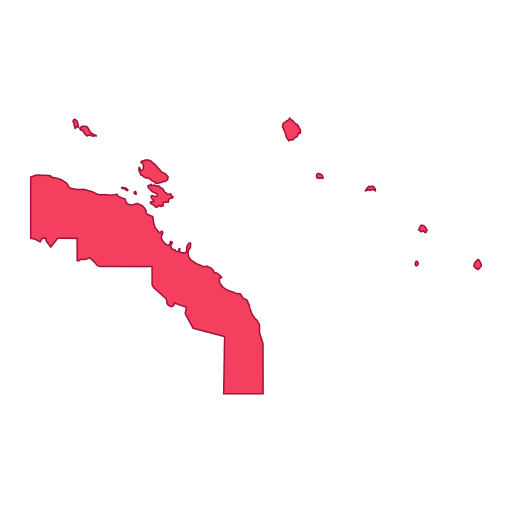 the district of Wewak District, East Sepik, Papua New Guinea
{"feature_id": "67681753B19768820203242", "entity_name": "Wewak District", "entity_type": "district", "adm_level": 2, "iso_a3": "PNG", "parent_name": "Papua New Guinea", "parent_adm1": "East Sepik", "projection": "equal_earth", "projection_center": [143.741, -3.588], "detail": "fine", "context": "isolated", "style": "filled", "palette": "rose", "viewbox_px": 512, "rotation_deg": 0, "n_neighbors": 0, "source": "geoboundaries", "source_scale": "gbopen_adm2", "svg_char_len": 6056}
<svg xmlns="http://www.w3.org/2000/svg" viewBox="0 0 512 512"><path d="M30.7,238.3L35.0,239.2L40.2,241.9L42.2,238.4L45.6,238.2L46.3,241.1L50.7,247.1L57.8,238.2L77.1,238.4L77.2,260.8L78.8,260.8L81.1,259.2L83.9,259.6L86.8,259.0L88.7,257.9L90.7,258.6L95.1,262.9L97.7,265.9L99.1,265.9L100.1,266.5L152.1,266.6L152.1,284.9L152.9,286.5L154.2,288.1L166.3,298.9L167.1,303.4L167.6,304.6L169.8,306.1L171.3,306.6L172.7,306.4L173.6,305.4L174.2,304.3L174.5,303.1L186.4,307.3L185.2,313.7L193.1,328.3L224.6,336.6L223.7,393.8L263.1,393.8L263.0,343.7L259.5,332.7L259.5,324.8L257.2,320.6L254.2,317.6L253.9,316.5L252.8,315.6L252.4,314.8L250.9,311.2L250.4,309.4L249.6,308.0L249.3,306.5L249.5,305.9L249.4,304.9L248.0,302.9L247.8,301.7L247.0,300.1L246.0,299.4L244.7,299.1L244.0,298.4L243.3,298.3L242.6,297.5L241.9,296.0L241.1,295.7L240.9,294.4L240.2,293.8L236.5,293.5L235.1,293.1L233.7,292.1L233.1,292.2L227.0,289.9L223.8,287.9L222.2,286.3L220.0,283.2L219.5,281.4L219.3,279.0L219.5,278.5L220.0,278.0L221.5,277.8L221.5,277.1L219.1,274.7L218.7,274.6L217.6,273.5L216.7,273.0L215.0,272.8L213.8,271.9L213.4,271.1L213.5,270.5L210.5,267.6L209.3,267.6L207.9,266.5L206.4,266.1L205.2,266.7L203.5,266.6L196.3,263.6L191.2,260.2L189.3,257.9L188.5,256.1L188.2,253.2L188.2,251.8L188.5,250.1L190.4,247.6L190.7,243.6L190.1,242.9L189.1,243.1L187.5,245.2L186.7,247.3L186.6,251.6L186.1,252.3L184.3,252.9L181.4,252.6L180.2,252.1L179.7,251.5L179.6,250.1L179.9,249.1L179.7,248.7L179.2,248.6L179.0,249.0L178.9,249.7L178.0,251.4L177.1,251.8L175.5,251.0L175.3,250.2L174.9,249.8L174.3,249.9L172.2,248.9L171.2,247.6L171.0,246.5L170.9,244.8L172.2,243.0L172.3,242.4L171.8,241.8L170.5,241.6L170.3,241.9L170.3,242.9L169.8,244.0L168.7,245.3L167.1,245.1L164.2,242.8L161.7,239.2L161.4,238.2L161.4,236.2L162.8,233.1L162.6,231.9L162.0,231.3L161.4,231.3L160.3,232.5L159.4,232.6L156.2,229.1L154.9,226.9L153.6,222.6L152.9,217.0L152.2,216.2L150.0,215.6L149.0,214.8L147.8,214.5L146.8,213.8L146.3,213.2L146.0,211.8L146.0,210.5L144.7,208.2L142.1,205.5L137.2,203.4L132.8,204.8L130.3,204.8L128.6,204.4L126.8,203.0L125.7,201.6L125.3,199.4L124.9,198.8L121.4,197.9L120.4,197.1L117.8,196.2L117.3,195.1L117.3,194.5L117.0,194.3L111.4,195.2L106.1,194.7L99.3,194.7L96.8,194.0L92.3,191.7L85.4,189.8L84.6,189.7L83.9,189.3L77.7,189.5L70.5,188.3L68.8,186.9L68.2,185.6L66.8,183.3L61.4,179.7L57.5,178.4L52.0,177.2L51.4,176.9L50.7,175.9L50.3,175.8L49.7,176.2L49.3,175.5L42.6,175.2L41.7,175.4L39.5,175.0L36.6,175.1L34.3,175.6L33.3,176.2L30.7,177.1L30.7,238.3ZM147.5,159.9L146.4,160.1L145.2,159.9L144.3,160.6L141.9,161.0L141.0,161.9L141.1,162.6L141.5,162.7L142.8,163.8L143.3,164.7L143.4,165.3L143.3,168.7L142.5,169.9L141.5,170.5L140.6,170.1L139.6,167.7L139.2,167.4L138.9,167.9L138.9,170.3L140.8,175.0L142.4,175.5L143.9,177.0L145.8,177.9L146.5,178.1L148.4,177.7L149.0,178.5L150.7,179.6L152.2,181.0L154.7,182.1L155.1,182.9L155.6,183.2L157.5,183.3L161.9,182.3L163.0,181.7L165.5,181.3L167.0,180.0L167.6,179.8L168.1,176.8L165.2,173.5L163.8,173.2L161.5,171.8L158.7,168.5L157.8,168.1L156.9,166.2L156.4,166.1L154.7,164.0L153.3,163.2L153.0,163.3L151.3,161.2L150.2,160.6L147.5,159.9ZM151.9,185.7L151.1,184.3L150.1,185.2L148.3,185.4L148.0,185.8L148.0,187.1L150.8,190.4L152.2,191.6L156.8,193.8L157.3,195.3L157.3,195.9L156.8,196.5L154.1,196.3L152.2,195.6L151.2,196.1L151.1,197.1L151.8,198.6L153.6,200.6L153.6,201.2L153.2,201.6L151.5,201.6L150.8,201.9L150.3,202.4L150.3,202.9L152.3,204.5L153.4,204.8L155.7,207.2L156.7,207.2L158.4,206.4L159.2,205.3L159.6,205.3L160.4,206.3L161.2,206.4L161.9,205.6L163.0,205.9L163.3,204.9L163.0,204.1L163.0,203.1L163.7,202.4L165.8,202.1L168.3,202.2L168.6,201.7L168.4,199.9L168.8,199.2L171.0,198.1L172.4,198.1L172.9,197.3L172.9,196.6L172.1,196.8L171.7,196.5L171.2,194.3L170.8,194.0L169.3,193.9L168.5,194.3L167.2,194.2L166.3,192.9L165.2,192.5L163.9,191.1L163.5,189.6L162.0,188.2L161.1,188.0L159.1,186.2L157.2,185.7L156.1,185.8L154.1,185.1L153.5,185.0L152.5,185.7L151.9,185.7ZM297.7,126.3L297.7,125.5L297.1,124.3L295.6,124.1L294.3,122.3L293.6,121.9L292.9,120.8L292.2,120.2L291.5,120.1L289.7,118.2L288.5,120.2L287.0,120.5L285.3,122.2L283.5,123.1L283.0,124.0L282.5,126.6L282.6,127.3L283.2,128.2L285.0,132.2L286.6,137.8L289.0,140.8L289.8,139.9L291.4,140.1L293.1,139.7L293.6,139.4L295.1,137.6L296.0,136.8L296.9,136.9L298.1,134.9L298.0,134.2L298.7,132.8L300.0,133.4L300.4,132.7L300.5,130.0L299.0,127.6L298.6,126.4L298.3,126.0L297.7,126.3ZM86.1,126.3L81.6,126.4L80.8,127.6L80.1,127.8L79.8,128.2L80.0,129.0L80.9,130.2L82.3,130.3L85.3,134.6L86.4,135.2L87.1,135.9L87.6,135.9L88.1,135.3L89.9,135.0L91.4,135.8L93.7,136.2L95.0,135.6L96.2,136.0L96.3,135.7L96.0,135.3L94.3,134.8L90.6,132.5L89.3,130.4L88.7,129.0L87.1,126.8L86.1,126.3ZM478.5,269.2L481.1,266.2L481.3,265.0L481.2,264.1L478.9,259.9L477.6,259.5L476.7,261.2L475.8,261.5L475.1,262.4L473.9,265.0L473.9,265.5L474.0,266.3L475.6,268.1L476.6,268.3L477.3,269.5L478.5,269.2ZM427.1,229.9L426.3,229.3L425.5,227.5L424.5,226.2L422.8,225.3L420.9,225.3L420.4,225.9L420.0,227.2L419.3,228.1L418.8,230.1L419.8,230.3L420.5,231.4L421.1,231.8L423.2,231.0L423.9,231.2L424.9,232.5L426.0,232.5L426.4,231.2L427.0,230.4L427.1,229.9ZM78.5,126.5L77.2,121.3L75.7,119.7L74.6,119.3L73.7,119.8L73.2,120.7L73.1,121.7L74.1,124.0L74.0,125.2L74.8,126.7L75.1,128.4L75.4,128.4L75.6,127.1L75.9,126.8L78.2,127.2L78.5,126.5ZM375.0,188.5L373.1,186.2L368.4,186.6L366.2,189.3L365.4,190.7L365.7,190.9L366.2,190.5L367.6,190.3L368.7,189.6L369.4,190.2L370.3,190.4L372.7,189.4L375.3,190.8L375.5,190.2L375.0,188.5ZM323.1,177.8L322.7,176.1L321.2,174.3L318.2,173.4L317.7,173.5L316.5,175.0L316.5,176.8L317.4,178.1L319.8,178.3L320.9,178.0L322.2,178.5L322.9,178.3L323.1,177.8ZM417.0,265.7L418.3,264.0L418.3,263.6L417.5,261.8L416.8,261.2L416.3,261.3L415.7,262.0L415.2,263.5L415.2,264.1L415.4,265.1L416.0,265.8L417.0,265.7ZM125.6,188.0L122.7,187.4L121.7,187.8L122.0,188.3L123.2,188.7L124.6,188.6L125.6,189.8L127.0,190.6L127.5,190.6L127.9,190.0L127.4,189.3L125.6,188.0ZM136.2,194.2L135.9,192.1L135.4,191.5L134.4,191.8L134.1,192.4L134.3,193.4L135.3,194.1L136.0,194.4L136.2,194.2Z" fill="#f43f5e" stroke="#9f1239" stroke-width="1.5"/></svg>